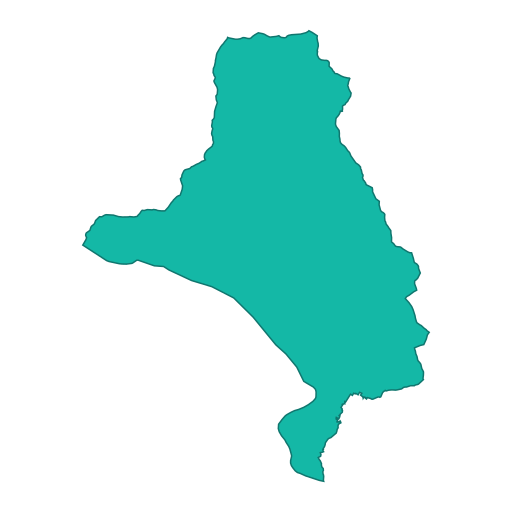 Hangu, Neamt, Romania
{"feature_id": "2599482B88433775454679", "entity_name": "Hangu", "entity_type": "district", "adm_level": 2, "iso_a3": "ROU", "parent_name": "Romania", "parent_adm1": "Neamt", "projection": "robinson", "projection_center": [26.068, 47.052], "detail": "fine", "context": "isolated", "style": "filled", "palette": "teal", "viewbox_px": 512, "rotation_deg": 0, "n_neighbors": 0, "source": "geoboundaries", "source_scale": "gbopen_adm2", "svg_char_len": 6006}
<svg xmlns="http://www.w3.org/2000/svg" viewBox="0 0 512 512"><path d="M423.4,379.6L423.1,379.2L423.0,378.1L423.4,375.3L423.5,372.7L423.4,371.6L421.8,368.6L420.8,364.2L419.8,362.7L418.0,360.7L417.7,360.0L417.0,356.5L415.8,353.7L415.4,351.1L414.7,349.2L414.5,347.8L420.4,345.4L423.8,344.6L426.3,339.1L427.4,334.9L429.2,332.3L427.1,330.8L426.1,329.6L424.1,328.2L421.2,325.5L419.8,324.8L417.0,322.8L416.4,321.6L415.4,318.1L415.0,315.7L413.1,309.7L411.8,306.7L409.1,302.8L405.3,298.6L406.3,297.0L406.9,296.5L409.2,295.2L413.7,291.8L416.7,290.2L416.3,288.4L414.6,283.8L414.6,282.2L414.7,281.2L415.0,280.5L416.2,279.8L417.7,278.2L420.3,273.0L418.7,268.8L418.5,267.8L418.5,266.5L418.1,265.6L416.8,264.0L414.8,262.8L414.2,262.1L413.4,258.5L411.6,252.8L409.8,252.7L407.8,251.9L403.2,249.1L400.7,247.1L399.8,246.9L397.4,246.7L395.5,246.2L393.6,243.6L391.6,242.0L391.5,241.6L391.6,237.6L390.9,233.3L390.8,230.6L388.6,227.6L388.0,226.5L386.1,224.0L385.5,221.7L384.9,220.8L384.6,217.3L384.8,214.5L384.4,213.7L383.2,212.6L381.6,211.7L380.7,210.6L380.4,209.8L379.1,204.8L379.3,201.3L376.0,198.9L375.7,198.4L372.6,191.8L372.6,189.6L372.2,187.7L366.4,184.8L366.1,184.6L365.7,183.1L364.1,180.7L363.4,180.2L362.5,177.5L363.0,176.1L363.0,175.0L362.1,173.6L361.3,169.9L360.6,168.8L360.5,167.0L358.7,164.9L355.8,162.9L350.9,155.9L349.7,152.9L348.9,151.8L347.7,150.7L345.6,147.4L344.2,145.9L341.8,144.2L340.5,142.7L340.0,140.8L339.9,139.1L339.3,136.3L339.4,133.3L339.1,130.4L336.3,126.6L335.6,124.7L335.5,123.6L335.9,118.9L336.4,117.7L337.6,116.5L339.1,114.4L339.8,113.0L340.4,111.1L341.5,111.4L342.4,111.2L342.4,110.9L342.2,110.3L342.5,109.7L342.6,108.6L342.5,106.2L343.4,105.3L345.0,104.6L345.8,103.1L347.7,101.3L348.4,99.8L350.6,96.2L351.1,93.0L350.4,92.0L348.8,88.9L348.2,86.7L347.9,86.3L347.7,85.6L348.3,83.5L348.5,81.9L349.8,78.5L349.2,78.0L347.9,78.0L343.9,77.1L341.4,76.1L337.2,73.8L335.1,73.5L334.5,73.0L333.9,71.7L333.0,71.0L332.0,69.0L329.1,66.3L329.2,62.8L329.0,62.1L327.7,60.7L326.1,60.3L324.9,60.4L321.3,59.9L319.1,58.6L317.6,55.8L317.3,54.8L317.3,52.8L317.6,51.8L317.3,51.5L317.4,50.9L317.2,50.5L318.3,46.0L318.1,43.1L317.7,42.0L317.0,37.9L317.3,35.8L312.3,32.5L308.9,30.7L308.4,31.3L306.0,32.7L300.6,34.1L291.7,34.7L288.7,35.3L287.1,36.1L286.3,37.3L284.6,37.8L281.3,37.4L280.1,36.8L278.9,35.7L276.3,36.4L269.9,37.1L267.2,35.9L264.5,34.3L262.8,33.7L258.3,32.8L255.0,34.7L252.6,36.4L251.0,38.0L249.8,38.5L248.0,38.5L244.7,37.7L243.0,37.6L240.2,38.8L237.5,39.2L235.4,39.2L228.9,37.9L227.6,37.4L227.4,38.3L227.1,38.9L224.6,41.9L223.3,43.8L222.4,44.6L220.6,46.9L217.1,52.9L216.5,54.7L216.0,57.9L215.4,60.5L215.4,61.8L214.4,66.3L213.4,68.4L213.1,72.7L213.8,74.2L214.1,75.6L215.0,76.8L215.3,77.7L214.9,78.9L213.9,81.0L214.4,82.5L217.1,87.4L217.6,89.7L217.2,94.3L215.9,96.0L216.3,99.9L217.1,101.8L217.3,102.9L215.9,106.8L214.6,111.3L214.3,117.5L213.7,118.8L212.2,120.3L212.4,121.9L211.7,125.7L211.9,127.0L212.7,128.3L212.7,128.9L212.1,130.8L211.6,133.5L211.9,135.0L212.7,136.7L212.9,140.1L213.5,141.7L213.4,143.5L212.6,144.7L212.3,146.0L211.9,146.5L208.5,149.1L206.6,150.9L206.2,151.8L205.6,152.3L205.0,153.5L204.5,154.7L204.3,157.2L204.8,158.9L205.4,159.9L203.1,161.0L202.1,161.2L199.2,163.2L196.3,164.4L193.0,166.3L191.5,166.8L189.8,168.5L185.1,169.8L183.8,171.0L182.0,174.9L181.6,177.6L180.5,178.5L180.6,179.8L182.6,185.8L182.2,189.3L180.2,195.1L179.6,195.5L178.5,195.7L176.8,196.7L173.3,200.2L172.9,201.0L171.3,202.7L168.3,207.2L165.1,210.7L164.5,210.9L161.3,210.9L157.7,210.5L156.2,209.9L153.6,209.5L152.1,209.9L147.4,209.6L144.2,210.5L142.2,210.3L141.2,211.3L139.6,213.7L138.4,214.8L137.2,216.4L133.9,217.0L129.7,216.6L128.6,216.9L122.6,217.0L118.5,216.6L113.4,215.1L106.1,214.7L104.5,215.2L101.8,216.8L99.5,216.7L95.6,220.5L94.6,223.3L94.1,224.1L91.5,226.2L90.9,227.2L89.9,230.4L86.5,232.8L86.1,233.3L85.7,234.6L85.7,235.7L86.6,237.4L86.4,237.6L86.4,238.5L85.9,239.7L82.8,245.1L106.6,260.6L108.9,261.5L119.2,263.7L122.0,264.0L126.4,264.1L131.8,263.4L132.7,263.0L136.8,260.2L138.2,260.2L154.3,265.8L163.6,266.5L169.0,270.0L191.5,280.5L211.9,286.7L233.7,297.9L253.2,317.2L275.8,344.8L286.0,354.0L296.8,367.1L303.8,381.4L313.3,387.0L315.2,389.0L315.8,390.4L316.1,392.1L316.0,396.3L315.8,397.7L315.1,398.9L313.0,401.3L308.5,404.6L303.8,407.3L298.5,409.5L294.6,410.6L291.2,412.2L287.1,414.5L285.4,415.7L283.8,417.5L282.0,419.6L278.6,424.2L278.3,428.6L279.2,431.7L281.5,435.7L284.9,439.9L286.1,442.3L288.8,446.5L289.9,449.1L291.6,455.5L291.5,456.8L290.6,460.6L290.6,463.1L291.4,465.6L292.9,467.9L295.2,470.8L297.4,472.5L300.2,473.4L305.7,475.9L319.4,480.4L323.7,481.3L323.4,480.3L323.7,476.6L323.5,474.9L323.1,474.2L322.8,471.6L323.4,470.4L323.2,468.5L321.9,467.0L321.4,465.0L321.5,463.7L320.3,460.9L319.2,459.5L318.2,457.5L320.6,456.3L320.7,455.5L321.0,454.9L320.3,452.6L322.3,452.2L323.6,451.7L322.7,450.0L322.8,449.4L323.4,449.3L323.3,448.4L324.5,446.6L325.1,444.8L325.4,442.8L327.8,439.3L328.8,438.4L330.9,437.6L336.2,433.1L336.9,431.0L337.1,429.5L338.1,427.8L338.0,425.9L338.4,424.4L339.6,423.5L340.9,422.8L340.4,421.3L340.1,420.9L339.3,421.8L337.1,422.0L337.0,421.7L337.6,421.0L337.3,420.2L337.7,419.8L336.3,419.3L336.1,418.2L336.3,417.4L337.9,418.4L338.9,418.7L339.6,417.1L339.4,417.0L339.9,415.9L339.2,415.4L340.1,414.7L340.1,414.3L342.3,412.2L342.5,410.5L341.9,410.0L342.2,409.4L342.1,408.7L341.0,407.4L342.6,405.0L342.2,404.4L342.6,404.1L343.3,404.2L344.1,403.6L344.8,403.8L344.8,401.6L345.6,402.0L350.5,394.2L352.4,395.4L353.7,393.2L355.2,393.9L355.6,393.4L356.0,393.5L358.1,394.8L359.6,392.3L361.8,393.3L360.6,395.1L362.4,396.5L363.1,397.5L363.2,398.2L363.9,397.0L365.5,397.5L365.2,398.0L366.5,399.0L367.4,397.6L370.3,398.4L371.8,399.2L372.8,399.2L378.0,397.0L379.3,397.0L379.8,397.3L380.8,396.8L382.6,392.6L384.0,391.2L385.3,390.8L385.3,390.4L385.5,390.4L385.9,390.8L386.4,390.9L388.6,390.2L391.8,389.9L395.8,390.1L397.5,389.8L401.6,388.9L403.6,387.4L404.6,387.1L406.6,387.0L410.6,385.7L414.4,385.7L415.3,385.0L417.6,384.5L418.5,384.1L423.4,379.6Z" fill="#14b8a6" stroke="#0f766e" stroke-width="1.5"/></svg>